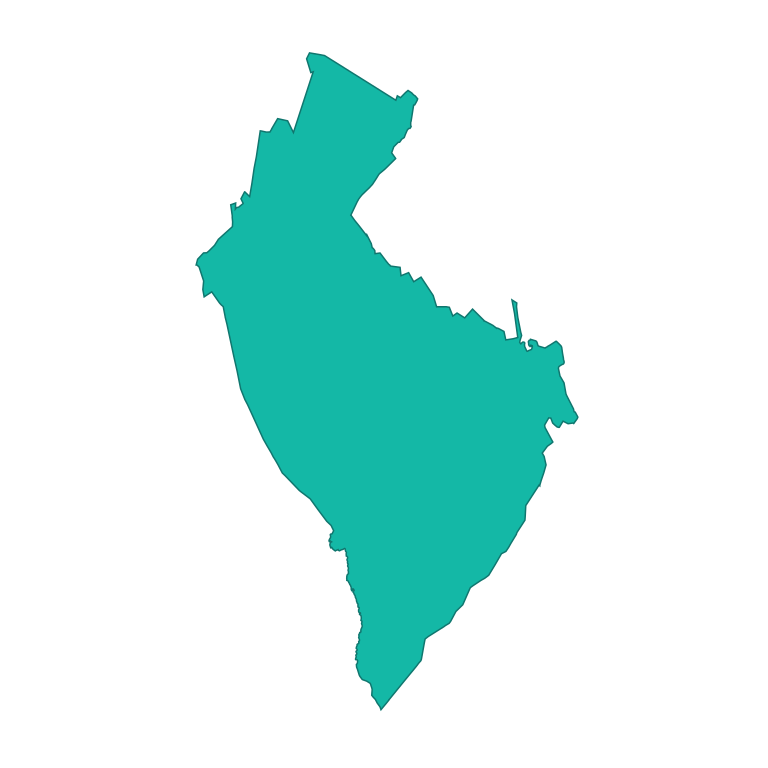 outline of Saunas pag., Preilu, Latvia, rotated 94°
{"feature_id": "27541924B85547198118139", "entity_name": "Saunas pag.", "entity_type": "district", "adm_level": 2, "iso_a3": "LVA", "parent_name": "Latvia", "parent_adm1": "Preilu", "projection": "equal_earth", "projection_center": [26.635, 56.393], "detail": "fine", "context": "isolated", "style": "filled", "palette": "teal", "viewbox_px": 768, "rotation_deg": 94, "n_neighbors": 0, "source": "geoboundaries", "source_scale": "gbopen_adm2", "svg_char_len": 6117}
<svg xmlns="http://www.w3.org/2000/svg" viewBox="0 0 768 768"><g transform="rotate(94 384 384)"><path d="M140.1,525.1L166.4,527.2L177.8,528.6L193.6,529.8L206.4,531.1L202.0,536.3L202.1,536.5L209.2,539.6L213.6,537.1L213.9,537.2L217.9,541.5L218.2,543.3L219.9,544.5L213.8,544.6L215.9,549.4L227.3,547.0L227.7,547.1L228.7,547.0L232.9,546.3L237.6,546.2L251.2,559.3L257.5,562.7L263.8,568.2L265.5,570.0L265.8,573.0L266.0,573.3L272.5,578.6L278.4,579.7L278.4,578.8L280.2,576.6L293.8,571.1L302.5,571.3L309.6,569.5L304.1,562.3L314.7,553.7L316.5,551.8L318.0,549.8L327.7,547.2L328.3,547.1L335.4,544.8L367.1,535.7L381.1,531.5L398.7,526.7L409.2,521.7L414.2,518.6L447.5,500.5L454.0,496.2L460.4,491.8L464.4,489.4L466.5,487.8L471.8,484.2L479.9,479.2L482.3,476.3L496.1,461.1L497.5,459.1L503.7,449.6L514.0,441.0L525.0,431.5L528.8,426.9L533.9,424.0L536.9,425.3L537.2,425.6L537.5,426.8L537.8,427.0L538.2,427.1L539.7,426.6L541.1,426.7L541.7,427.0L542.8,427.6L543.9,427.9L544.4,427.9L544.9,427.6L544.1,427.1L545.1,425.4L545.3,425.8L546.6,426.6L548.0,426.8L548.6,426.7L551.0,425.8L551.2,425.6L550.6,425.0L550.6,424.8L552.0,423.8L552.6,423.0L553.7,421.4L553.9,420.8L553.4,420.3L552.5,418.4L552.8,418.4L553.3,417.4L553.5,416.7L552.4,415.0L551.9,413.5L550.8,411.9L550.9,411.5L551.1,411.3L553.4,410.7L554.5,409.8L555.1,409.7L556.0,409.9L558.3,409.6L558.5,408.8L559.2,408.3L559.9,408.1L562.0,408.7L563.6,407.9L565.0,408.0L566.0,407.5L566.2,407.2L567.8,407.6L568.4,407.5L569.4,406.8L570.0,406.7L570.8,406.6L572.2,406.9L573.7,406.4L574.6,406.4L575.3,406.2L575.9,406.5L576.8,407.3L578.4,407.7L579.3,407.6L580.2,407.7L581.8,407.4L582.5,407.4L582.6,406.8L583.2,405.9L584.6,405.2L585.1,404.7L586.3,404.2L587.1,403.5L589.3,402.5L591.1,402.4L592.4,401.8L592.5,401.6L592.3,401.2L592.0,401.2L591.1,401.3L590.7,401.1L590.5,400.9L590.5,400.6L590.8,400.1L591.9,399.4L592.2,399.4L592.4,399.8L593.3,400.4L593.7,400.4L594.9,399.4L596.2,398.9L597.0,398.1L599.0,397.6L600.3,396.7L602.7,396.2L603.9,395.6L604.7,395.3L605.0,394.8L605.5,394.6L607.6,394.5L608.3,394.3L608.6,394.0L608.6,393.5L608.7,393.3L609.1,393.1L609.6,393.1L611.0,393.6L612.5,393.5L613.4,393.1L613.7,392.9L613.8,392.6L614.0,391.6L614.4,391.5L615.0,392.3L615.6,392.3L616.3,391.1L617.0,390.7L618.3,390.4L619.7,390.3L621.5,390.5L621.9,389.7L622.3,389.5L623.2,389.4L624.6,389.7L625.9,389.1L627.0,388.8L628.1,389.0L630.3,389.8L631.2,389.9L632.9,389.8L633.2,390.0L633.4,390.6L633.7,390.9L634.5,391.0L635.8,391.6L636.2,391.6L637.4,391.3L638.7,391.6L640.6,390.7L641.3,390.6L641.8,390.6L642.6,391.3L643.6,391.1L644.4,391.1L645.6,392.6L645.9,392.7L646.9,392.6L648.1,393.1L649.4,393.3L649.8,393.2L650.4,392.5L651.0,392.2L651.6,392.3L652.6,393.2L653.2,393.2L654.3,392.4L655.0,392.3L655.3,392.3L655.7,392.8L656.5,393.1L656.9,393.1L657.9,392.7L658.5,392.7L659.5,393.1L660.6,393.2L661.0,392.9L661.0,391.7L661.2,391.4L661.6,391.1L662.1,391.0L664.5,391.1L664.9,391.3L665.5,391.9L665.8,392.0L668.2,391.6L668.8,391.4L670.1,390.7L676.1,388.4L677.4,387.6L680.2,385.2L680.5,384.6L681.6,380.6L683.5,377.0L683.8,376.8L684.3,376.5L688.8,374.7L689.8,374.5L695.4,374.5L697.2,372.9L699.3,370.6L702.9,368.4L705.7,366.0L706.7,365.3L709.1,364.3L702.3,359.4L698.7,356.9L698.4,357.0L698.1,356.6L679.2,343.3L663.6,332.2L660.2,330.0L657.4,327.9L656.0,327.5L640.1,325.8L636.1,325.3L635.4,325.1L632.8,322.2L621.9,307.3L620.6,305.8L618.2,302.3L616.2,301.0L605.9,296.4L598.7,290.0L581.6,283.9L580.8,283.3L579.1,281.3L573.1,273.5L570.8,270.0L567.5,266.2L556.4,260.5L545.1,255.0L542.5,250.7L538.1,248.2L534.1,246.3L524.8,241.5L523.0,241.1L510.0,233.9L505.7,233.9L495.4,234.1L474.1,222.3L474.7,221.5L474.0,221.5L469.0,220.4L461.4,218.4L453.4,216.7L445.1,219.2L441.9,221.3L434.7,216.7L431.3,212.6L430.1,211.5L428.3,212.7L416.1,220.4L413.7,220.9L406.3,217.3L406.4,215.2L411.2,213.0L413.0,210.8L414.8,208.3L415.1,206.5L415.0,206.1L408.6,202.8L410.8,197.6L409.8,193.0L409.8,192.6L410.2,192.0L409.1,191.2L408.2,190.9L408.0,190.6L405.1,188.8L403.5,188.3L398.7,191.3L398.5,192.3L397.2,192.8L395.7,193.2L382.7,201.0L381.1,201.8L370.3,204.5L363.7,209.0L356.3,211.1L355.1,211.0L354.8,210.9L354.0,210.3L352.1,207.7L351.9,206.9L351.1,206.1L349.8,205.8L348.7,206.0L346.9,206.7L345.8,206.8L341.1,208.0L335.0,209.3L334.2,209.7L333.5,210.2L331.9,212.0L329.4,215.0L329.4,215.5L333.7,221.3L335.0,223.3L336.1,224.6L336.3,225.2L336.9,225.8L335.5,232.1L335.2,232.7L335.1,233.0L334.6,233.2L332.4,234.0L330.9,234.8L330.4,235.6L329.2,240.9L329.8,240.9L330.2,242.1L331.4,242.9L332.1,242.9L333.1,242.6L334.8,242.4L336.0,241.6L336.1,240.9L336.3,240.8L336.0,240.5L335.3,240.5L335.0,240.2L336.0,239.6L335.5,239.1L335.5,238.8L336.1,238.6L337.0,238.7L338.8,239.1L339.3,239.4L340.6,242.1L341.2,242.9L341.4,243.5L341.0,243.9L340.2,244.4L337.0,246.2L335.1,246.6L333.4,246.4L332.8,246.7L332.5,247.2L332.4,248.3L333.7,249.8L334.3,250.1L334.4,250.4L332.9,251.6L330.1,251.1L326.0,250.1L322.8,251.2L308.1,255.2L297.7,257.2L293.9,257.2L291.2,262.2L304.6,258.7L328.3,253.8L329.9,258.5L331.5,265.6L323.2,268.0L320.6,273.8L320.3,275.3L320.6,275.5L317.9,279.5L314.3,287.7L314.1,288.5L313.9,288.4L303.1,300.9L312.4,308.1L308.1,316.1L311.4,320.1L302.9,324.2L302.6,327.4L303.3,336.9L292.3,341.1L274.8,354.5L279.9,361.5L271.2,367.2L274.8,374.6L266.5,376.1L265.9,385.8L265.1,386.3L264.3,387.6L261.3,390.4L253.6,397.1L254.6,402.0L251.5,402.5L249.5,404.2L248.8,405.3L244.8,406.5L236.4,411.5L237.2,411.7L228.5,419.4L222.8,424.7L218.3,428.4L218.0,428.9L204.2,423.5L201.2,422.1L199.0,420.7L196.8,419.1L189.0,412.1L185.6,409.4L180.1,406.3L175.7,404.0L174.5,403.2L169.5,398.0L158.3,388.1L157.7,388.5L152.9,392.5L146.7,390.8L142.0,386.8L141.7,385.3L139.5,383.9L139.0,383.9L136.7,381.0L133.9,380.2L129.1,378.5L127.4,377.2L127.2,375.9L125.8,375.1L125.1,374.9L124.2,375.4L121.1,375.6L119.9,375.3L103.7,373.9L103.5,372.9L101.7,372.0L99.0,370.8L97.2,370.3L94.8,372.6L94.3,373.2L93.9,374.1L92.7,375.6L91.7,376.6L89.5,380.5L91.7,382.8L97.2,387.5L95.6,390.8L100.1,392.0L60.5,466.2L59.8,472.1L58.9,481.4L65.0,483.9L78.5,478.7L77.5,476.4L139.5,491.9L128.2,498.5L126.7,508.6L137.2,513.8L137.3,513.7L140.6,515.4L140.9,519.1L140.2,523.7L140.1,525.1Z" fill="#14b8a6" stroke="#0f766e" stroke-width="1.5"/></g></svg>